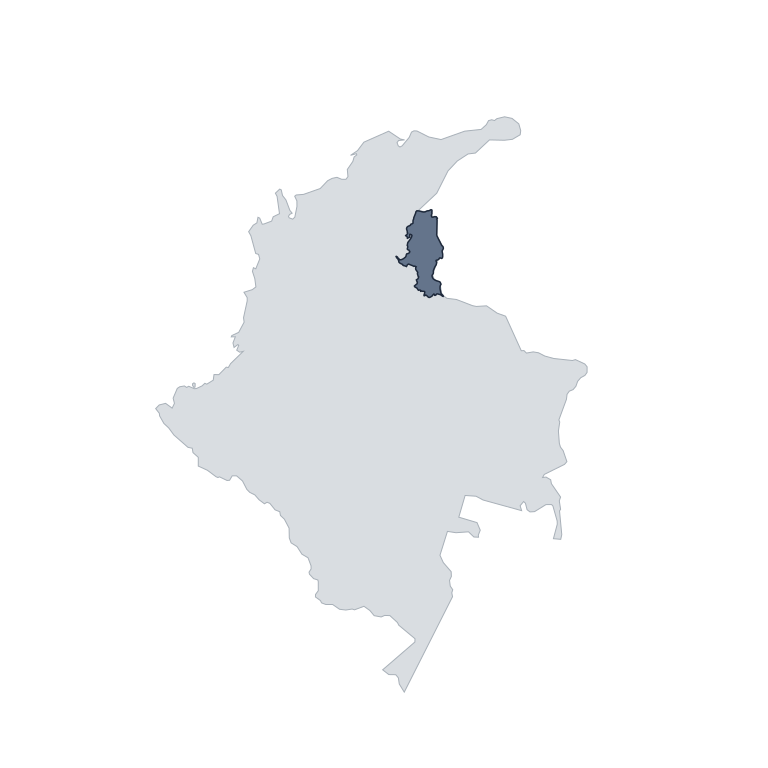 Norte de Santander highlighted on a map of Colombia, rotated 16°
{"feature_id": "COL-1421", "entity_name": "Norte de Santander", "entity_type": "Department", "adm_level": 1, "iso_a3": "COL", "parent_name": "Colombia", "parent_adm1": "", "projection": "orthographic", "projection_center": [-72.935, 8.085], "detail": "fine", "context": "in_parent", "style": "filled", "palette": "slate", "viewbox_px": 768, "rotation_deg": 16, "n_neighbors": 0, "source": "natural_earth", "source_scale": "10m", "svg_char_len": 8293}
<svg xmlns="http://www.w3.org/2000/svg" viewBox="0 0 768 768"><g transform="rotate(16 384 384)"><path d="M440.0,113.4L432.6,116.5L418.1,120.3L408.2,136.8L401.4,139.7L393.0,149.4L386.8,161.5L382.1,186.1L369.6,207.0L370.6,207.9L375.6,207.0L380.3,204.7L382.0,205.4L383.7,209.1L389.3,210.0L393.9,226.9L402.5,235.5L403.4,238.8L404.6,245.8L401.5,250.1L400.6,265.6L403.3,269.4L409.8,271.0L414.2,280.6L416.9,282.8L420.8,284.3L430.3,282.8L447.4,284.3L451.4,284.0L461.0,280.6L473.2,284.7L482.2,285.3L506.8,314.2L509.3,313.3L512.4,315.0L518.6,312.0L523.9,311.4L530.9,312.8L540.1,312.7L558.6,309.5L561.3,307.8L571.5,309.4L574.5,311.5L576.0,316.9L574.8,320.3L571.4,323.7L569.4,328.1L569.1,333.3L567.3,337.3L564.1,339.8L562.8,343.5L563.6,348.4L562.0,370.3L563.4,372.1L564.6,381.1L568.9,392.7L571.0,396.0L574.6,398.7L581.2,408.2L579.7,411.5L563.0,426.7L562.2,430.2L565.4,428.8L570.6,430.1L572.4,433.7L584.9,444.0L584.7,448.0L588.3,455.8L587.7,457.6L596.4,479.8L596.7,484.6L589.5,486.0L589.2,471.0L588.2,467.9L580.0,454.7L578.3,453.7L572.9,455.3L563.9,465.2L559.6,466.7L556.2,465.4L552.8,459.6L550.6,458.5L548.4,463.5L551.2,467.8L511.2,468.2L503.4,466.5L492.7,468.8L492.6,491.4L511.6,491.6L516.8,498.0L516.3,503.3L517.1,505.2L512.6,506.3L506.0,502.8L494.2,507.1L485.6,508.2L485.0,533.2L490.2,539.3L500.3,545.9L501.8,550.4L501.1,554.7L503.4,560.0L506.8,562.8L506.7,566.0L508.5,569.6L488.4,674.6L481.4,668.2L478.8,662.5L475.4,660.2L468.7,662.0L461.5,659.1L484.8,623.5L484.0,620.3L464.7,611.8L462.7,609.6L453.5,605.0L448.4,606.3L445.5,608.7L438.4,609.4L432.8,605.6L426.0,603.2L417.9,609.2L415.4,609.1L409.6,611.8L403.4,612.8L395.4,610.1L388.9,612.0L384.3,611.6L382.6,609.7L376.8,607.6L376.2,605.2L377.8,600.8L375.3,592.1L374.4,590.6L370.0,590.5L364.8,587.4L363.8,585.5L364.9,581.9L364.0,578.9L358.9,572.0L352.0,570.2L345.3,564.3L338.5,562.3L335.4,558.1L332.5,548.7L325.5,541.4L320.7,538.9L319.0,535.5L314.0,535.0L307.2,530.2L304.2,529.9L302.1,532.1L295.8,529.7L290.4,526.2L284.9,525.2L281.2,523.1L274.7,516.2L267.6,512.9L263.4,514.1L262.1,519.1L259.7,520.0L251.5,518.6L250.1,519.7L248.0,519.4L238.0,515.6L228.1,514.1L225.7,505.7L219.3,502.6L217.4,498.6L213.0,498.9L196.2,491.0L189.2,485.6L183.3,482.6L177.1,476.5L176.1,474.1L171.3,470.6L173.7,466.1L179.4,462.8L187.0,465.6L187.9,460.4L185.2,455.7L186.5,445.2L188.5,442.9L192.7,440.9L195.2,441.7L196.9,440.0L203.0,440.8L204.9,440.1L209.6,436.0L211.6,432.7L213.7,433.0L218.8,427.4L218.0,421.8L222.7,420.5L227.7,411.3L229.8,411.1L230.9,406.7L239.7,391.4L236.5,393.2L233.1,392.1L233.7,386.9L232.7,386.3L229.8,390.2L227.5,386.2L228.1,379.6L224.2,380.8L224.4,379.3L230.1,374.4L232.5,363.1L230.7,359.0L229.6,341.9L228.7,338.7L224.1,334.4L231.4,329.6L234.1,326.0L230.8,318.4L226.5,312.0L226.4,308.2L229.0,308.6L230.1,298.0L227.7,294.0L224.7,293.9L215.2,278.2L211.9,274.9L214.5,267.4L217.4,264.2L216.9,258.5L218.8,258.8L222.9,264.0L224.6,263.2L231.1,258.4L231.4,253.8L236.6,249.1L229.5,233.1L227.0,230.5L230.0,225.4L231.7,225.7L234.5,230.8L239.0,234.1L245.7,243.1L248.6,245.1L246.5,247.1L246.0,249.2L247.0,250.4L250.8,250.7L252.3,248.2L251.4,237.4L249.8,232.0L246.4,228.1L247.5,226.5L254.4,223.9L268.8,213.7L273.8,204.1L277.5,200.6L281.8,198.3L286.9,198.9L291.0,197.7L292.2,194.6L289.6,187.9L292.7,178.7L292.7,174.0L294.7,171.3L294.0,170.2L288.8,173.4L294.2,167.0L298.0,157.1L318.8,139.7L332.2,144.0L336.5,143.7L330.9,145.9L330.0,148.4L332.0,151.1L334.0,151.8L335.8,150.1L340.3,139.9L341.0,134.3L343.0,132.4L345.9,131.7L359.0,134.2L371.5,133.3L391.9,118.7L407.2,112.5L410.9,106.5L411.9,102.0L414.7,100.3L417.6,100.3L419.4,97.8L426.3,93.9L433.9,93.4L441.9,96.8L445.6,102.8L446.2,106.9L440.0,113.4ZM203.2,439.0L202.3,439.7L200.5,438.3L199.9,436.6L201.0,435.3L202.4,435.7L203.2,439.0Z" fill="#d9dde1" stroke="#a8b0b8" stroke-width="1"/><path d="M381.9,203.5L382.2,203.7L382.6,205.0L382.4,205.4L382.4,205.6L382.5,205.7L382.9,206.1L383.0,206.2L383.1,207.1L383.0,208.6L383.2,209.3L383.8,210.2L384.5,210.3L385.2,210.1L386.4,209.3L386.6,209.1L387.1,209.0L387.5,209.0L387.8,209.1L388.0,209.1L388.3,208.9L388.9,209.5L389.5,209.8L389.7,210.2L389.2,211.0L389.8,211.7L390.0,212.4L390.4,213.9L390.8,215.4L391.2,217.0L391.6,218.5L392.0,220.0L392.4,221.6L392.8,223.1L393.2,224.6L393.5,226.0L394.2,227.2L394.9,227.9L395.6,228.7L396.2,229.4L396.9,230.1L397.6,230.9L398.3,231.6L399.0,232.4L399.6,233.1L400.3,233.8L401.1,234.7L401.6,235.1L401.9,235.2L402.2,235.3L402.6,235.5L403.0,235.9L403.3,236.4L403.6,237.0L403.7,237.6L403.6,238.2L403.3,239.3L403.2,239.9L403.4,240.7L404.6,242.9L405.3,245.3L405.4,246.6L404.9,247.4L404.3,247.4L403.5,247.3L402.9,247.4L402.5,248.0L402.4,248.7L402.1,249.2L401.7,249.7L401.1,250.1L400.8,250.3L400.4,250.5L400.1,250.7L400.0,251.1L400.1,251.4L400.8,252.3L401.1,252.6L401.2,253.2L401.3,254.8L401.2,255.4L400.6,257.5L400.2,261.2L400.3,261.9L400.8,263.3L400.9,264.0L400.8,264.7L400.5,265.4L400.3,266.2L400.4,267.0L401.4,268.5L402.6,269.5L403.3,269.7L404.2,270.0L405.9,270.3L408.7,270.3L409.9,270.6L411.1,272.1L411.3,272.3L411.0,273.9L411.0,274.2L411.1,275.2L411.4,276.2L411.7,277.2L413.7,280.9L414.3,281.6L414.7,281.9L415.6,282.3L416.1,282.6L416.9,283.3L417.3,283.5L415.9,283.5L415.3,283.1L414.6,282.9L413.6,282.6L410.8,282.6L410.0,282.8L409.8,283.1L409.7,283.4L409.6,283.6L409.5,283.9L409.3,284.2L409.0,284.5L408.7,284.7L408.3,284.8L408.1,284.6L407.9,284.0L407.1,283.8L406.4,285.0L406.1,286.0L405.7,286.5L405.3,287.0L404.4,287.9L403.8,288.3L403.1,288.4L402.4,288.2L400.4,287.1L399.5,287.0L399.2,287.5L398.9,287.8L398.7,288.0L398.1,288.0L397.9,287.1L398.0,286.1L398.0,285.5L397.9,284.7L397.8,284.3L397.6,284.0L397.3,283.9L397.0,283.9L396.8,283.9L396.6,284.0L396.2,284.1L395.2,284.3L394.9,284.3L394.6,284.2L394.4,284.2L394.2,284.3L394.0,284.7L393.9,284.8L393.7,284.8L393.5,284.3L393.3,283.9L393.1,283.8L392.9,283.8L392.6,283.9L392.2,283.9L391.7,284.1L391.2,284.4L390.2,283.6L389.8,283.3L389.5,282.9L389.2,282.8L388.3,282.5L387.5,282.4L386.6,282.0L386.5,281.9L386.2,281.4L387.5,279.4L388.0,278.8L388.2,278.3L388.2,278.1L388.1,277.9L388.0,277.7L388.0,277.1L388.0,276.9L387.9,276.7L387.6,276.5L387.4,276.4L387.3,276.2L387.0,275.8L386.9,275.7L386.4,275.0L387.7,273.4L387.8,271.5L387.3,271.3L387.2,271.2L386.8,270.5L385.8,269.0L385.6,268.2L385.7,267.8L385.6,267.3L383.1,265.3L382.8,264.8L382.6,264.3L382.4,263.2L382.5,262.8L382.6,262.5L381.3,262.2L380.6,262.4L380.3,262.7L379.7,262.5L379.1,262.5L378.9,262.4L378.6,262.3L378.2,262.3L377.5,262.3L376.3,262.1L375.7,262.1L375.3,262.0L375.2,262.0L374.7,261.9L374.5,262.0L374.2,262.2L373.6,263.0L373.3,264.6L373.2,264.9L372.6,264.8L371.5,264.7L370.4,264.8L369.7,264.7L369.4,264.6L369.2,264.2L368.6,263.9L366.7,263.6L366.0,263.4L365.5,263.2L365.0,262.9L364.7,262.7L364.4,262.1L364.3,261.8L364.3,261.7L364.2,261.5L363.3,260.5L362.5,259.7L361.6,259.3L361.3,259.1L361.1,258.8L360.5,258.2L360.0,257.8L361.5,258.1L361.8,258.2L362.1,258.4L362.5,258.9L362.8,259.1L363.1,259.2L363.4,259.3L363.7,259.4L364.3,260.0L364.7,260.2L365.0,260.2L365.4,260.1L366.5,259.6L367.2,259.1L367.7,258.6L368.1,258.2L368.5,257.8L368.8,257.2L369.6,256.2L369.7,255.9L369.8,255.6L369.9,254.8L369.8,253.6L369.9,252.9L370.1,252.5L370.4,252.3L371.0,252.1L371.4,251.7L371.7,251.4L372.2,250.8L372.3,250.3L372.3,249.9L372.3,249.6L372.2,249.4L371.9,249.3L371.6,249.2L371.2,248.5L369.7,248.3L369.2,247.9L369.1,247.4L369.1,246.5L369.1,246.2L369.1,245.9L368.6,244.7L368.1,244.4L367.9,241.7L368.1,240.9L368.3,240.2L368.7,239.5L369.0,238.5L369.5,237.2L370.0,235.1L369.9,233.5L369.7,233.3L369.3,233.0L368.5,232.9L368.0,232.9L367.7,232.9L367.5,233.2L367.5,233.3L367.7,233.9L367.9,234.3L368.0,234.5L368.2,235.8L367.1,236.6L366.9,236.9L366.6,237.4L366.5,237.5L366.2,237.4L366.1,237.2L366.0,236.4L365.4,236.0L365.3,235.8L365.0,235.7L364.8,235.6L364.2,235.6L363.9,235.4L364.0,235.1L364.8,234.2L365.2,232.7L365.0,232.2L364.7,232.1L364.1,230.5L363.1,229.1L362.8,228.3L362.8,227.9L362.8,227.5L362.9,227.1L363.0,226.7L363.3,226.3L363.5,226.0L364.0,225.5L365.3,224.5L365.6,224.1L365.7,223.9L365.7,223.6L365.6,223.3L365.8,223.1L366.0,222.8L366.8,222.3L367.3,221.8L367.5,221.5L367.5,221.1L367.2,220.3L366.8,218.5L367.0,217.6L367.0,217.3L366.8,215.9L367.3,211.1L367.2,209.7L367.8,208.5L368.1,208.4L369.7,208.0L373.5,207.9L374.9,207.7L376.2,207.1L377.4,206.0L378.0,205.6L378.9,205.3L379.6,204.9L381.1,203.5L381.9,203.5Z" fill="#64748b" stroke="#1e293b" stroke-width="1.5"/></g></svg>